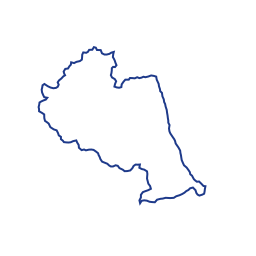 Belo Horizonte, Minas Gerais, Brazil (orthographic projection), rotated 292°
{"feature_id": "56859067B79938769509019", "entity_name": "Belo Horizonte", "entity_type": "district", "adm_level": 2, "iso_a3": "BRA", "parent_name": "Brazil", "parent_adm1": "Minas Gerais", "projection": "orthographic", "projection_center": [-43.962, -19.918], "detail": "fine", "context": "isolated", "style": "outline", "palette": "blue", "viewbox_px": 256, "rotation_deg": 292, "n_neighbors": 0, "source": "geoboundaries", "source_scale": "gbopen_adm2", "svg_char_len": 2819}
<svg xmlns="http://www.w3.org/2000/svg" viewBox="0 0 256 256"><g transform="rotate(292 128 128)"><path d="M137.5,34.0L135.6,32.8L133.3,33.3L131.2,33.6L128.8,35.0L126.6,37.2L125.2,38.8L125.8,41.8L123.6,41.2L121.8,39.2L120.2,37.7L118.5,36.4L116.6,36.9L113.9,37.3L112.3,38.4L110.2,39.3L109.8,42.5L109.2,45.2L105.8,46.7L103.5,48.4L103.1,50.3L102.4,52.8L99.7,55.7L98.9,59.7L99.1,62.7L97.1,65.0L95.2,66.6L94.7,69.1L92.5,70.0L91.9,72.2L90.9,73.9L91.6,76.4L92.3,78.4L93.3,80.2L95.3,82.1L97.1,84.7L95.5,86.3L93.8,88.6L91.3,89.9L90.1,93.3L91.6,95.3L91.5,97.3L93.3,99.9L94.3,102.1L94.8,104.3L94.2,107.0L93.4,109.7L91.9,110.9L90.6,112.5L88.8,114.1L87.1,116.6L87.1,120.1L87.1,122.3L86.2,124.5L85.9,126.4L86.7,128.5L88.8,130.5L89.1,132.7L87.6,135.1L87.4,138.8L86.7,141.0L87.8,143.5L89.5,146.0L92.3,147.1L94.9,147.4L96.9,148.7L97.7,150.9L98.6,152.7L95.4,153.4L95.1,156.1L95.5,158.6L94.9,161.9L92.6,163.2L90.3,163.9L88.2,164.6L85.8,166.4L84.0,167.7L82.5,170.2L80.2,172.0L77.8,169.9L75.8,167.6L74.1,165.8L70.9,165.0L68.4,166.0L65.2,165.7L62.8,167.4L65.6,167.9L67.0,170.1L67.7,172.7L67.7,175.6L68.3,177.9L69.2,180.7L72.4,181.8L74.5,184.6L75.6,186.7L77.4,189.1L78.8,193.3L80.4,196.6L82.8,198.3L85.0,201.0L87.1,203.0L89.2,204.6L91.4,205.7L93.1,207.2L95.4,208.2L97.1,210.5L95.6,213.9L93.3,215.8L92.3,217.5L92.1,219.5L94.0,221.8L95.6,223.2L97.8,222.8L100.4,222.1L103.0,221.6L102.5,219.7L103.8,216.9L105.0,213.9L104.0,212.0L104.5,210.1L105.2,208.3L106.5,206.7L107.8,205.2L108.4,203.1L110.3,201.8L111.6,199.9L113.3,197.2L114.4,193.9L116.4,191.8L118.4,189.8L120.7,188.4L122.6,187.3L124.4,186.0L126.6,184.8L128.8,182.1L131.5,178.0L133.6,176.5L134.9,175.1L136.2,173.1L138.8,169.3L140.4,167.7L142.9,166.2L146.3,165.4L148.0,163.4L150.1,162.5L152.2,161.2L154.4,160.0L156.8,158.5L159.3,157.1L161.9,154.9L164.2,153.4L165.6,151.8L168.0,150.4L170.2,148.1L173.3,146.3L174.2,144.1L176.1,143.0L178.3,141.1L180.4,139.9L181.9,138.3L183.6,136.5L186.2,134.9L186.0,132.5L185.4,129.8L183.3,127.5L181.6,125.1L181.3,123.1L179.7,121.6L178.5,119.8L178.5,117.5L176.6,115.7L175.8,113.0L175.1,111.1L173.1,110.6L171.8,107.4L169.2,106.5L166.1,105.8L163.4,106.5L162.0,104.7L161.4,102.4L161.3,99.9L163.9,99.5L166.9,99.5L168.4,97.4L168.9,94.2L170.6,92.3L172.6,92.1L175.3,91.4L177.4,90.6L179.1,91.3L179.6,93.1L181.9,93.8L183.8,91.9L185.4,90.6L186.9,89.0L188.1,87.4L191.1,86.6L193.2,86.3L191.6,84.3L189.7,82.9L188.2,80.8L187.3,78.6L187.5,75.9L190.0,73.5L188.7,70.0L190.4,68.1L190.2,66.1L187.2,65.6L185.9,62.7L183.6,62.3L182.1,61.1L181.3,58.2L178.8,58.1L176.5,58.9L174.1,59.6L172.0,58.3L170.0,55.4L168.0,53.7L167.6,50.7L165.3,51.3L163.2,50.5L160.7,50.1L159.3,47.7L156.2,47.2L154.5,48.5L153.3,49.9L151.7,48.7L149.0,47.7L146.3,46.2L144.0,45.7L142.2,47.5L139.9,47.4L138.2,46.2L136.9,43.9L136.5,41.0L136.7,37.9L137.5,34.0Z" fill="none" stroke="#1e3a8a" stroke-width="2"/></g></svg>